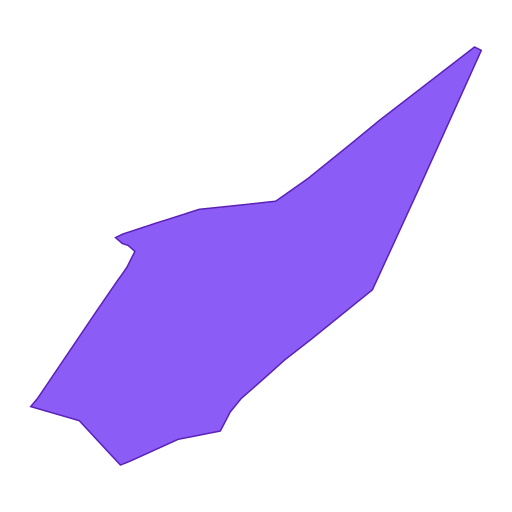 outline of Retirolândia, Bahia, Brazil
{"feature_id": "56859067B68715919074839", "entity_name": "Retirolândia", "entity_type": "district", "adm_level": 2, "iso_a3": "BRA", "parent_name": "Brazil", "parent_adm1": "Bahia", "projection": "orthographic", "projection_center": [-39.434, -11.487], "detail": "fine", "context": "isolated", "style": "filled", "palette": "violet", "viewbox_px": 512, "rotation_deg": 0, "n_neighbors": 0, "source": "geoboundaries", "source_scale": "gbopen_adm2", "svg_char_len": 628}
<svg xmlns="http://www.w3.org/2000/svg" viewBox="0 0 512 512"><path d="M481.3,50.4L474.5,47.0L380.0,119.9L351.9,143.0L307.8,178.6L275.7,201.2L235.2,205.6L208.1,208.4L199.3,209.3L192.0,211.6L177.9,216.2L162.7,221.0L155.4,223.3L122.9,234.0L115.5,237.6L122.3,243.5L128.1,245.4L134.9,251.4L127.0,267.1L122.0,274.4L117.7,280.3L101.5,303.9L98.1,308.8L41.3,392.9L37.7,398.2L30.7,406.6L79.3,420.7L106.3,449.9L120.4,465.0L128.8,461.7L178.2,439.3L220.3,431.0L224.1,423.8L230.2,412.0L241.2,398.5L265.9,376.8L284.7,359.9L310.5,339.8L372.4,289.8L418.6,189.3L443.9,133.3L481.3,50.4Z" fill="#8b5cf6" stroke="#5b21b6" stroke-width="1.5"/></svg>